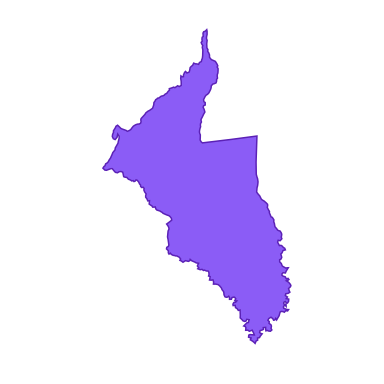 Sengés, Paraná, Brazil, rotated 172°
{"feature_id": "56859067B25271231685187", "entity_name": "Sengés", "entity_type": "district", "adm_level": 2, "iso_a3": "BRA", "parent_name": "Brazil", "parent_adm1": "Paraná", "projection": "robinson", "projection_center": [-49.46, -24.265], "detail": "fine", "context": "isolated", "style": "filled", "palette": "violet", "viewbox_px": 384, "rotation_deg": 172, "n_neighbors": 0, "source": "geoboundaries", "source_scale": "gbopen_adm2", "svg_char_len": 5956}
<svg xmlns="http://www.w3.org/2000/svg" viewBox="0 0 384 384"><g transform="rotate(172 192 192)"><path d="M256.6,255.6L258.0,252.2L258.5,250.6L261.8,246.4L262.4,244.4L264.9,242.1L265.9,240.3L268.1,236.8L269.3,235.6L270.9,233.4L272.3,232.4L273.6,231.9L274.5,230.1L275.6,229.5L276.9,228.0L275.2,225.8L273.6,225.4L272.4,225.7L269.0,226.4L267.7,226.2L265.9,223.2L265.1,222.1L263.1,221.4L261.4,222.2L259.5,222.2L257.9,221.3L257.7,219.9L257.5,216.7L256.3,216.0L254.5,215.5L253.2,213.5L251.2,212.4L250.1,211.3L248.7,211.5L248.0,210.4L246.6,210.8L245.7,211.8L244.6,211.2L243.4,209.3L242.8,207.2L242.0,206.2L242.1,204.6L241.1,203.4L239.7,203.5L238.9,202.2L239.4,200.7L238.9,198.7L237.7,196.5L238.4,194.8L238.6,193.3L237.6,191.5L237.0,189.3L235.3,189.3L235.7,187.6L236.1,186.0L234.7,184.7L233.5,183.7L233.1,182.5L231.6,182.3L230.4,182.3L230.2,180.3L229.3,179.0L226.5,177.7L225.5,176.8L224.4,176.0L223.6,174.9L220.2,172.8L218.2,171.8L217.2,170.8L216.1,168.9L216.0,167.0L217.4,166.1L221.6,163.8L220.6,162.0L220.0,160.3L219.9,158.6L221.1,156.7L222.5,150.9L222.3,148.3L222.3,145.7L222.3,142.8L223.0,141.4L224.7,140.7L225.2,139.2L223.6,137.2L223.9,135.0L223.4,133.7L221.9,134.4L221.2,133.1L219.5,131.9L218.3,131.6L217.2,131.0L216.0,130.8L213.7,129.2L212.6,127.2L213.5,126.0L212.2,125.2L210.7,123.7L208.0,124.9L205.2,123.8L203.7,124.3L203.2,125.5L201.8,123.9L198.8,122.1L197.7,121.2L195.4,120.5L197.0,118.0L195.9,116.1L197.0,115.2L194.7,113.9L192.8,114.0L191.6,112.7L190.5,112.9L188.8,111.8L187.1,111.5L186.5,110.4L186.6,107.9L187.3,106.5L185.8,105.7L186.2,104.3L186.9,102.4L185.2,102.0L183.5,102.1L183.1,99.9L183.6,97.8L181.3,97.5L178.9,96.6L177.7,95.2L176.3,93.0L175.8,91.0L174.6,89.0L174.5,87.6L174.6,85.8L174.0,83.7L172.8,83.0L171.3,83.0L170.1,83.7L169.5,82.2L169.8,80.5L167.9,80.3L167.1,81.9L165.7,82.1L164.5,81.9L163.5,80.1L164.8,78.5L162.8,77.9L164.1,76.8L166.1,76.6L167.1,75.2L167.1,73.8L165.0,73.7L165.0,71.4L163.6,70.3L162.6,68.3L160.8,68.4L161.1,65.5L161.3,63.4L161.8,60.6L160.4,58.8L159.4,57.3L157.9,56.5L156.6,56.6L155.5,58.3L153.2,57.6L153.9,56.1L154.3,54.9L155.7,54.9L157.2,53.8L159.4,52.1L158.0,51.4L157.5,50.2L158.1,47.6L155.9,47.4L154.6,46.1L151.6,46.8L150.6,43.7L150.2,41.8L152.0,42.2L154.4,42.8L155.7,42.4L156.2,40.3L153.8,39.2L154.8,37.5L152.7,35.8L151.4,34.4L150.6,33.3L149.2,35.6L147.6,36.1L147.4,38.3L145.4,38.4L144.6,39.6L142.3,41.8L143.8,42.5L144.6,43.5L143.8,45.3L141.9,45.5L140.4,46.0L140.3,47.8L137.9,47.7L138.2,45.8L138.1,44.2L136.9,44.5L135.6,43.7L133.7,43.2L132.1,44.3L132.7,45.9L132.0,48.2L132.3,49.6L134.0,51.2L133.5,52.9L134.7,54.4L133.6,56.0L131.2,57.0L129.6,55.3L129.1,53.7L127.9,53.7L126.7,55.2L126.0,53.5L124.7,55.2L123.0,57.3L122.0,59.6L121.4,60.9L120.3,61.3L118.5,60.9L117.3,60.1L115.7,61.4L113.9,60.9L112.8,62.1L114.3,62.4L115.9,63.3L117.3,64.1L117.5,65.4L116.0,67.4L116.7,68.8L116.4,70.0L114.9,70.6L114.1,69.3L112.9,68.7L111.6,70.2L111.1,72.5L113.5,73.3L112.1,74.8L114.0,76.4L113.3,78.2L110.8,78.3L109.0,79.2L109.5,80.7L109.8,83.0L107.9,84.3L107.1,85.4L107.4,86.8L108.9,89.2L110.9,90.9L109.3,91.2L108.2,91.8L108.9,93.1L110.6,92.8L111.5,95.1L113.5,96.0L114.5,97.0L114.2,98.5L113.0,99.4L110.8,98.8L109.7,100.6L107.2,103.6L108.3,103.7L109.7,103.6L111.2,104.8L112.2,105.5L113.0,106.4L113.5,108.8L114.9,110.6L114.6,112.8L113.2,113.2L112.2,114.8L112.4,116.5L112.7,118.2L111.3,119.2L110.0,121.4L107.6,121.7L108.0,123.4L109.2,124.3L110.2,125.9L111.3,126.8L112.9,126.8L114.2,130.4L113.4,132.2L111.5,131.5L109.5,133.2L109.9,134.9L109.4,136.1L109.0,137.8L109.4,139.4L110.2,141.1L111.4,141.6L112.6,142.4L113.2,143.8L114.7,146.1L114.8,149.5L115.2,151.0L114.8,153.1L116.0,155.7L117.2,156.4L117.7,158.6L118.3,160.7L118.0,162.0L118.8,163.8L119.6,166.3L119.0,167.9L118.9,169.3L120.1,171.0L120.9,171.9L121.8,173.0L123.5,174.3L124.4,175.4L125.5,178.8L126.6,180.4L128.0,182.9L127.0,187.2L126.2,189.0L125.7,190.8L125.2,192.9L125.2,196.0L125.6,198.0L125.9,200.6L124.4,212.7L119.9,238.4L144.2,238.6L145.4,238.6L174.9,239.2L176.0,240.5L176.7,242.4L176.2,244.9L175.8,247.4L176.2,248.9L176.3,250.4L175.8,252.3L175.2,253.9L174.4,255.4L174.4,256.9L174.1,258.4L172.9,260.0L173.1,262.1L172.5,263.3L171.7,264.3L170.9,265.5L169.6,267.5L168.1,269.4L168.5,272.2L169.2,274.4L168.5,275.8L166.8,276.3L166.5,278.8L167.6,279.7L167.7,281.8L166.7,283.3L165.6,284.9L164.3,286.1L163.1,286.5L161.5,287.8L160.3,289.5L159.3,291.0L158.6,292.5L158.1,294.5L156.3,296.0L154.7,296.2L153.0,296.7L152.2,298.4L152.0,300.0L150.9,301.2L150.9,303.3L150.5,305.0L149.8,306.2L149.3,308.6L149.0,310.6L149.7,312.3L148.9,313.3L149.5,315.4L150.7,318.1L152.4,319.2L154.4,320.4L155.9,322.9L155.6,325.3L156.1,327.6L156.9,329.1L156.4,330.7L157.2,332.8L157.0,334.4L156.8,336.7L155.9,340.1L156.3,341.9L156.0,343.6L155.1,346.0L154.9,347.6L154.7,349.2L154.8,350.7L156.5,349.4L158.1,349.1L159.0,347.8L159.1,346.4L159.3,344.4L160.4,343.8L160.9,341.9L160.9,339.9L162.1,338.9L161.8,337.3L161.0,335.6L161.7,333.8L161.5,331.1L162.5,325.4L163.1,323.1L164.1,321.3L164.6,319.9L166.6,319.2L167.7,317.5L169.4,318.2L170.7,318.4L172.4,319.4L173.7,317.4L175.2,316.5L176.5,315.5L177.5,312.4L178.2,311.1L180.5,310.6L181.6,312.3L182.7,311.5L184.2,309.0L184.4,307.4L185.8,307.5L186.8,308.5L187.4,305.9L187.3,303.3L187.6,300.5L187.9,299.0L190.0,298.2L191.4,299.2L194.4,297.7L195.6,298.4L197.6,297.9L200.1,297.5L200.2,295.9L201.6,295.0L203.3,293.2L204.9,292.7L206.1,291.7L207.4,291.3L209.1,291.2L211.8,289.7L213.1,289.7L214.0,288.9L215.1,288.5L216.2,286.9L217.2,286.0L217.8,283.5L219.4,280.4L222.7,278.7L224.5,278.1L226.8,276.7L227.8,275.4L232.2,271.8L232.7,270.5L232.6,269.0L233.3,267.3L234.7,266.7L236.6,266.8L238.2,266.5L240.0,265.8L241.1,265.2L242.9,263.5L244.0,262.3L245.9,261.5L247.6,261.1L248.6,262.1L252.7,264.3L253.7,265.0L254.4,266.0L255.4,267.3L256.4,268.5L258.1,267.7L259.1,266.1L261.3,263.5L261.4,262.1L262.6,260.1L263.2,258.1L262.5,255.7L260.8,254.6L258.6,256.6L257.5,259.7L256.4,257.3L256.6,255.6ZM116.0,67.4L114.7,65.7L114.5,68.0L116.0,67.4Z" fill="#8b5cf6" stroke="#5b21b6" stroke-width="1.5"/></g></svg>